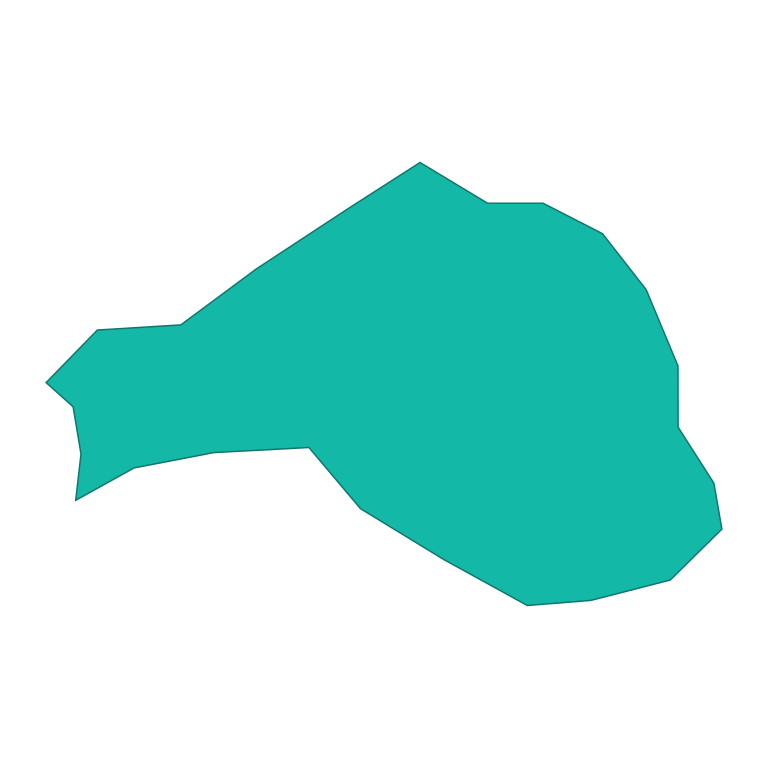 the border of Miskolc
{"feature_id": "HUN-4922", "entity_name": "Miskolc", "entity_type": "Urban county", "adm_level": 1, "iso_a3": "HUN", "parent_name": "Hungary", "parent_adm1": "", "projection": "equal_earth", "projection_center": [20.688, 48.113], "detail": "fine", "context": "isolated", "style": "filled", "palette": "teal", "viewbox_px": 768, "rotation_deg": 0, "n_neighbors": 0, "source": "natural_earth", "source_scale": "10m", "svg_char_len": 438}
<svg xmlns="http://www.w3.org/2000/svg" viewBox="0 0 768 768"><path d="M75.7,500.3L81.0,454.0L73.1,406.8L46.1,382.6L97.4,330.0L180.8,324.9L256.2,269.0L348.6,208.3L420.0,162.5L487.5,203.2L543.0,203.2L602.5,233.7L646.2,289.7L678.0,366.0L678.1,427.2L713.9,483.2L721.9,529.1L670.3,580.0L590.9,600.4L527.3,605.5L443.9,559.6L360.5,508.7L308.9,447.5L213.6,452.6L134.1,467.9L75.7,500.3Z" fill="#14b8a6" stroke="#0f766e" stroke-width="1.5"/></svg>